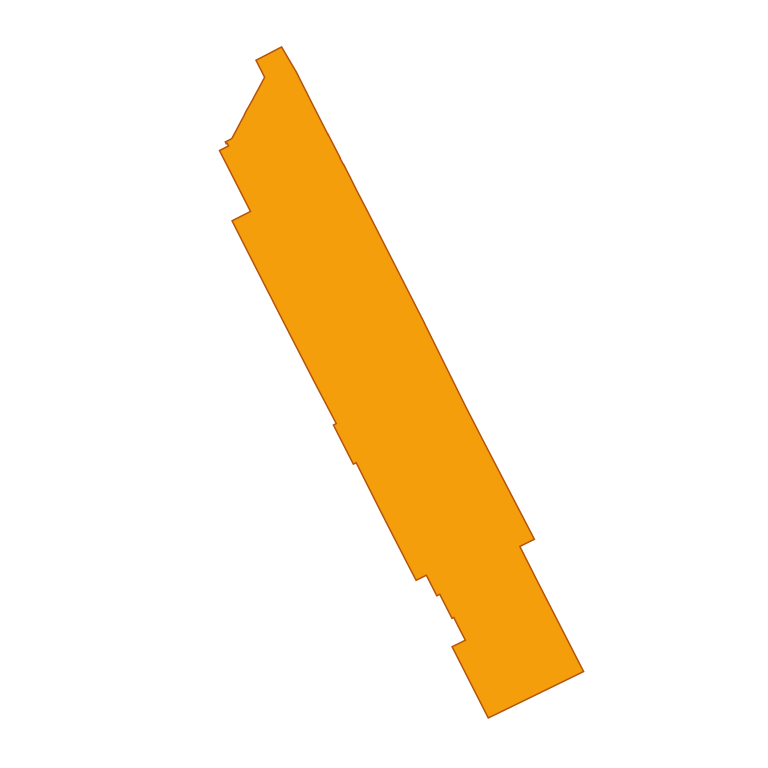 Kalgoorlie-Boulder, Western Australia, Australia, rotated 63°
{"feature_id": "25037944B94303413523862", "entity_name": "Kalgoorlie-Boulder", "entity_type": "district", "adm_level": 2, "iso_a3": "AUS", "parent_name": "Australia", "parent_adm1": "Western Australia", "projection": "robinson", "projection_center": [123.082, -30.776], "detail": "fine", "context": "isolated", "style": "filled", "palette": "amber", "viewbox_px": 768, "rotation_deg": 63, "n_neighbors": 0, "source": "geoboundaries", "source_scale": "gbopen_adm2", "svg_char_len": 1781}
<svg xmlns="http://www.w3.org/2000/svg" viewBox="0 0 768 768"><g transform="rotate(63 384 384)"><path d="M730.8,336.7L630.1,336.9L590.4,336.7L590.6,320.5L475.8,321.4L441.1,321.5L349.0,320.4L348.2,320.3L263.1,320.3L232.0,320.3L220.6,320.3L204.9,320.4L204.9,320.5L192.2,320.4L183.9,320.3L174.4,320.3L170.1,320.3L170.1,320.6L162.6,320.6L162.6,320.4L136.3,320.5L136.2,320.5L136.3,320.7L122.0,320.7L118.4,320.7L111.9,320.7L100.9,320.7L87.5,320.6L74.1,320.6L70.6,320.5L67.1,320.5L65.9,320.5L63.0,320.7L48.1,321.6L37.2,322.2L37.2,328.5L37.4,346.2L37.4,348.7L37.4,350.5L37.4,351.1L43.4,351.1L44.4,351.1L46.2,351.1L49.1,351.1L50.2,351.1L54.9,351.1L56.5,351.1L58.8,354.4L61.1,357.7L66.1,364.9L66.2,365.1L69.3,369.6L71.3,372.4L76.3,379.9L78.7,383.6L81.4,387.0L81.5,387.0L81.8,387.5L82.0,387.8L82.3,388.2L82.5,388.6L83.9,390.6L84.4,391.3L84.8,391.9L93.2,403.8L95.0,406.4L96.2,408.2L96.3,411.1L96.3,413.2L96.3,415.5L98.4,415.5L98.4,414.4L100.9,414.4L101.3,414.4L101.3,419.9L101.3,424.6L102.8,424.6L103.5,424.6L105.5,424.6L108.0,424.6L109.4,424.6L110.6,424.6L111.8,424.6L113.1,424.6L114.4,424.6L115.7,424.6L116.6,424.6L117.9,424.6L119.2,424.6L126.7,424.6L136.2,424.6L145.0,424.6L152.5,424.6L156.5,424.6L161.8,424.6L165.4,424.6L168.0,424.6L169.6,424.6L169.6,445.3L194.9,445.4L206.0,445.4L221.2,445.4L249.6,445.4L255.9,445.3L261.0,445.4L264.5,445.4L269.7,445.4L272.8,445.4L305.9,445.3L321.9,445.2L349.1,445.1L365.5,444.9L397.6,444.5L397.6,447.7L441.5,447.7L441.5,444.5L474.7,444.7L475.0,444.7L494.7,444.8L523.1,444.8L544.0,444.7L550.1,444.7L563.7,444.6L573.5,444.5L573.6,433.1L596.7,433.1L596.7,429.8L600.3,429.8L603.4,429.8L623.7,429.8L623.7,427.8L631.5,427.9L639.4,427.9L649.2,427.8L649.0,442.6L728.9,442.7L730.0,382.7L730.8,336.7Z" fill="#f59e0b" stroke="#b45309" stroke-width="1.5"/></g></svg>